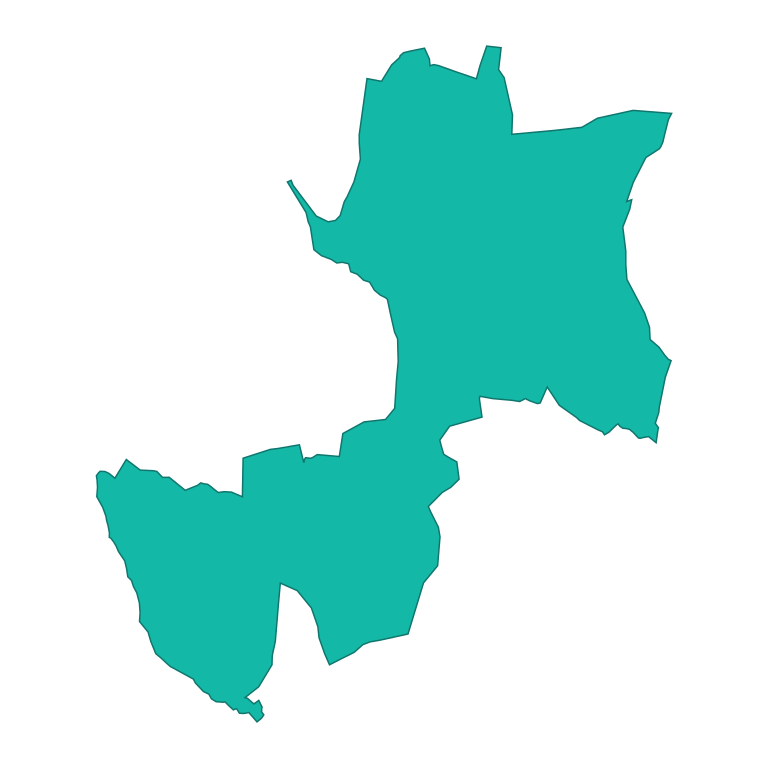 the district of Malumfashi, Katsina, Nigeria
{"feature_id": "59680162B59256397716169", "entity_name": "Malumfashi", "entity_type": "district", "adm_level": 2, "iso_a3": "NGA", "parent_name": "Nigeria", "parent_adm1": "Katsina", "projection": "equal_earth", "projection_center": [7.623, 11.86], "detail": "fine", "context": "isolated", "style": "filled", "palette": "teal", "viewbox_px": 768, "rotation_deg": 0, "n_neighbors": 0, "source": "geoboundaries", "source_scale": "gbopen_adm2", "svg_char_len": 3216}
<svg xmlns="http://www.w3.org/2000/svg" viewBox="0 0 768 768"><path d="M306.1,212.6L308.2,221.8L310.4,226.9L313.9,249.7L321.5,255.7L331.0,259.3L336.8,263.0L342.3,262.3L348.7,263.8L350.7,271.7L357.2,274.2L363.6,280.2L369.6,282.1L374.5,290.3L380.3,295.1L385.5,297.7L387.4,299.3L390.4,313.6L394.6,332.2L397.6,338.8L398.2,361.7L396.5,379.9L394.7,408.3L385.5,419.5L364.1,421.9L342.9,433.5L339.3,456.5L317.2,454.6L313.2,457.2L312.0,457.8L310.3,458.3L309.2,458.1L305.5,457.7L304.5,459.5L303.8,462.7L299.4,444.8L277.9,448.5L270.3,449.4L243.1,458.2L242.9,469.4L242.4,496.8L231.4,492.1L224.0,491.7L218.2,492.5L214.0,489.2L211.1,486.8L207.7,484.3L204.4,483.9L200.7,482.9L197.7,485.3L185.2,490.3L169.2,477.3L162.6,477.4L156.8,471.4L153.0,470.7L140.2,470.1L126.3,459.5L114.9,478.2L109.0,473.4L104.9,471.5L100.1,471.3L98.3,473.1L96.4,475.7L97.1,480.3L97.5,487.3L96.8,496.7L102.8,507.5L106.0,516.4L106.6,520.5L108.0,525.3L109.4,532.7L109.3,537.4L110.8,538.1L113.8,542.1L116.3,546.4L118.5,551.6L124.8,561.0L126.6,568.8L127.8,576.8L131.5,580.5L133.5,586.6L136.8,592.9L139.4,603.0L140.1,612.9L139.5,621.5L148.1,632.1L150.8,641.4L155.8,653.7L160.9,657.9L166.6,663.2L170.3,666.5L193.4,679.1L195.4,683.0L203.4,691.5L208.9,694.2L211.4,698.8L216.1,701.7L222.7,702.2L225.1,701.9L228.4,705.3L233.4,709.9L236.1,708.7L237.0,709.3L239.4,713.2L243.4,713.5L248.8,712.6L249.7,713.5L257.0,721.9L261.2,718.5L262.4,717.0L263.8,714.8L262.1,712.5L261.6,711.8L261.6,710.8L261.7,710.5L261.7,709.0L261.9,707.8L262.1,707.1L258.8,700.4L253.9,703.9L252.0,702.3L249.5,700.1L247.4,698.3L245.0,697.6L258.7,686.8L272.0,664.8L272.2,657.2L272.5,654.4L275.3,641.5L278.5,603.3L280.3,583.1L297.2,590.6L311.4,608.0L317.9,626.8L319.0,637.7L324.6,653.5L329.5,664.8L341.2,658.8L354.2,652.3L362.9,644.6L370.1,641.9L379.8,640.2L408.0,634.0L423.5,582.9L437.6,565.8L440.0,536.9L438.4,527.3L430.7,511.9L428.3,506.5L442.3,492.4L450.8,487.3L459.1,479.2L456.8,461.9L449.1,457.6L443.7,454.3L441.1,445.3L439.8,440.1L449.6,426.2L482.0,417.1L479.4,398.9L479.6,397.6L479.9,396.3L492.8,398.6L511.9,400.3L519.7,401.5L525.3,398.6L529.7,400.8L537.4,403.6L540.2,403.0L547.2,387.0L559.4,405.4L576.5,417.5L579.6,420.5L598.3,430.0L602.5,431.8L604.5,434.8L609.1,432.1L613.0,428.2L616.5,424.9L618.1,423.9L619.9,426.3L622.9,428.3L625.7,428.5L629.5,429.3L631.2,430.8L632.8,432.0L638.5,438.0L640.2,438.3L643.4,437.5L648.6,436.6L656.1,442.7L658.0,429.4L658.5,427.8L655.3,423.3L658.8,412.4L659.3,407.2L665.3,377.3L671.1,360.6L668.3,359.3L664.6,355.0L659.0,347.2L650.1,339.5L649.5,327.4L644.6,313.0L626.9,279.4L625.8,264.6L625.8,251.3L625.0,244.5L622.8,227.1L629.7,209.3L631.7,199.7L626.7,201.5L633.3,182.3L645.9,157.5L659.3,148.8L660.6,147.1L662.8,142.3L664.4,135.5L668.4,119.6L671.6,113.4L633.1,110.4L597.5,118.2L581.9,127.3L554.7,130.4L511.8,134.3L512.5,114.9L504.1,77.6L498.6,69.6L501.1,47.7L486.7,46.1L480.0,65.7L476.4,78.8L454.8,71.4L438.6,65.6L433.7,64.6L430.0,65.7L429.4,59.0L424.5,48.2L410.2,51.1L403.6,52.7L400.2,55.6L399.5,57.7L391.7,64.8L381.5,81.3L367.0,78.6L359.2,134.8L359.3,143.9L360.4,159.1L353.9,182.0L347.0,197.0L344.3,201.6L340.2,215.5L335.4,220.5L328.1,221.8L316.2,216.0L293.1,185.3L291.1,180.3L287.4,182.0L306.1,212.6Z" fill="#14b8a6" stroke="#0f766e" stroke-width="1.5"/></svg>